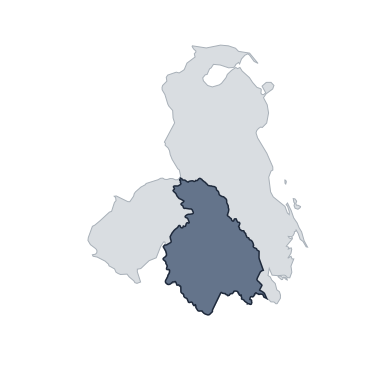 Bolívar highlighted on a map of Venezuela, rotated 68°
{"feature_id": "VEN-39", "entity_name": "Bolívar", "entity_type": "State", "adm_level": 1, "iso_a3": "VEN", "parent_name": "Venezuela", "parent_adm1": "", "projection": "mercator", "projection_center": [-63.762, 6.004], "detail": "fine", "context": "in_parent", "style": "filled", "palette": "slate", "viewbox_px": 384, "rotation_deg": 68, "n_neighbors": 0, "source": "natural_earth", "source_scale": "10m", "svg_char_len": 9736}
<svg xmlns="http://www.w3.org/2000/svg" viewBox="0 0 384 384"><g transform="rotate(68 192 192)"><path d="M323.7,149.9L327.4,154.9L327.1,156.0L324.7,157.2L323.4,160.0L320.5,161.2L316.4,164.5L313.8,164.8L309.7,170.4L311.9,174.8L311.4,177.0L312.4,178.1L317.1,178.2L317.6,179.4L317.0,181.2L316.1,182.3L309.7,185.9L306.6,185.5L305.3,186.6L301.1,187.4L300.0,189.5L301.0,192.4L301.5,197.1L296.2,202.6L309.2,217.4L310.6,218.2L311.9,221.6L311.5,223.6L309.2,226.0L305.9,227.8L304.0,230.8L302.0,231.4L298.4,231.2L296.7,232.9L294.4,233.5L292.9,235.8L281.0,239.6L275.8,238.4L269.8,241.2L268.7,248.1L266.9,249.7L264.6,249.7L257.2,242.7L253.5,243.7L250.9,242.7L243.6,243.0L240.2,239.0L232.5,238.7L229.6,236.0L228.2,236.0L227.6,236.9L230.6,241.3L239.6,249.8L239.6,257.5L243.8,268.2L243.1,271.6L245.5,272.6L256.2,273.4L256.1,277.2L254.7,278.9L252.6,279.2L247.1,282.1L243.8,283.0L241.7,289.2L239.9,291.0L237.9,292.5L234.3,292.6L229.4,296.6L227.6,296.5L223.5,298.5L216.8,304.3L214.5,307.8L212.9,307.9L213.5,304.8L212.7,303.1L211.1,302.2L209.6,302.1L207.8,302.9L202.8,305.9L197.9,306.6L195.4,305.2L186.5,297.2L186.3,294.5L184.2,288.0L179.7,276.1L179.8,273.8L172.6,267.8L171.6,265.7L168.6,264.9L166.8,265.7L167.3,263.7L176.9,255.1L177.7,253.3L174.0,247.7L171.9,246.2L170.7,244.3L168.3,237.6L167.7,232.4L166.9,231.4L167.9,218.8L167.5,216.0L168.2,213.9L170.1,212.5L171.1,210.2L171.3,207.2L172.5,204.7L174.5,202.8L175.2,200.9L174.3,197.7L172.6,196.5L166.8,195.5L165.2,196.5L154.5,198.2L149.2,198.2L145.2,197.4L142.2,197.7L138.6,199.4L136.8,198.4L135.4,198.9L121.4,182.2L116.2,181.8L109.2,179.4L103.7,181.3L101.4,181.5L91.5,180.6L86.1,181.4L83.8,180.6L82.2,179.3L79.8,173.8L76.0,172.9L74.5,170.7L75.0,161.7L76.8,159.3L76.1,155.2L75.6,153.3L70.6,148.4L68.0,138.6L64.7,138.1L63.7,136.0L62.7,135.6L60.1,136.9L57.2,137.4L56.6,136.9L63.8,124.8L66.5,110.5L70.1,103.5L75.0,97.8L79.0,96.2L84.8,86.6L97.5,82.6L94.2,85.5L86.6,87.4L84.8,88.5L85.0,91.7L87.2,96.3L91.1,99.9L89.3,100.3L90.1,103.5L92.0,105.8L92.0,107.2L90.6,111.5L84.8,118.3L81.7,124.3L84.1,127.8L84.4,129.6L88.7,134.0L88.3,135.8L90.2,139.3L93.2,139.8L99.1,137.6L102.2,133.8L102.9,126.5L102.3,123.9L98.7,117.6L96.2,115.2L94.0,109.7L93.0,104.7L94.7,103.5L94.5,100.9L98.6,100.2L107.5,95.9L113.0,94.8L119.3,92.6L122.0,89.6L123.0,89.4L126.2,91.1L127.9,90.5L128.5,89.1L127.6,86.5L120.1,87.4L118.2,82.1L119.9,77.7L123.9,76.1L126.7,78.6L128.7,86.4L131.3,90.4L139.3,89.6L147.4,91.4L156.0,96.9L158.5,102.6L157.5,104.1L158.0,106.5L159.3,109.0L161.2,110.5L166.5,110.9L184.2,108.1L199.0,107.7L201.9,108.8L202.2,110.9L207.0,115.3L221.4,119.1L227.0,118.5L240.2,111.2L247.3,111.4L249.4,110.3L246.8,109.2L240.8,108.7L239.1,109.5L238.0,107.6L246.5,107.0L254.1,107.4L260.2,106.1L265.1,106.1L270.0,105.3L279.2,106.3L286.4,105.5L285.6,106.7L279.4,107.6L276.4,109.4L270.1,109.1L265.7,109.7L267.2,110.2L267.2,112.0L268.4,112.4L270.3,114.6L270.8,116.5L269.2,119.4L271.0,119.1L272.0,118.2L272.0,116.1L273.0,116.5L277.6,124.9L279.6,122.9L281.0,124.1L280.9,121.0L282.5,121.0L285.9,123.2L289.3,128.0L288.7,124.3L291.5,124.3L292.2,122.7L297.8,128.0L303.8,129.5L308.2,133.5L307.2,135.5L304.6,136.5L303.6,137.7L301.6,144.0L299.1,148.9L291.7,149.0L297.9,152.8L300.2,151.2L303.3,151.1L308.0,149.1L314.4,150.0L317.2,148.3L320.7,148.6L323.7,149.9ZM247.0,97.5L247.7,100.2L245.7,102.5L242.9,102.5L240.8,101.0L239.6,101.4L236.0,100.6L237.0,99.1L239.7,98.4L241.7,100.1L243.4,100.1L243.9,98.8L246.1,96.8L247.0,97.5ZM306.8,141.8L302.8,143.9L302.6,141.9L305.7,139.4L307.0,140.9L306.8,141.8ZM219.7,102.1L218.7,102.5L215.7,101.4L216.3,100.7L217.9,100.7L219.7,102.1ZM307.6,138.0L305.2,138.7L305.9,137.2L308.4,136.4L309.3,136.7L307.6,138.0Z" fill="#d9dde1" stroke="#a8b0b8" stroke-width="1"/><path d="M318.7,162.6L317.2,163.8L317.0,164.2L316.5,164.6L315.7,164.7L314.0,164.7L313.5,164.8L313.2,165.1L312.8,165.8L312.3,166.6L312.3,167.3L312.0,167.9L312.1,168.2L312.0,168.4L311.8,168.6L311.5,168.5L311.4,168.6L310.6,169.8L309.7,170.1L309.4,170.6L309.6,171.2L310.0,172.1L310.6,172.2L310.8,172.4L310.9,172.6L310.9,173.0L311.0,173.2L311.5,173.5L312.0,174.6L312.0,175.0L311.4,175.6L311.2,176.2L311.2,176.8L311.5,177.4L313.1,178.7L313.3,178.7L313.8,177.9L314.1,177.6L314.5,177.4L315.0,177.4L315.7,177.8L316.6,177.8L318.0,178.8L318.2,179.1L318.2,179.5L318.0,180.1L317.8,180.4L316.8,181.1L316.7,181.5L316.5,182.5L316.2,182.3L315.6,182.4L313.1,184.0L311.2,184.5L310.9,184.8L310.0,185.9L309.6,186.1L309.3,186.0L308.6,185.5L308.2,185.4L307.3,185.5L307.0,185.5L306.6,185.1L305.9,185.0L305.8,185.3L306.0,185.5L306.0,185.9L305.4,186.6L304.9,186.7L304.0,186.6L303.7,186.9L302.8,186.7L302.6,187.0L301.8,186.9L301.4,187.0L300.6,187.9L300.2,188.6L299.9,189.4L299.8,190.1L299.8,190.5L300.6,191.1L301.0,192.0L301.2,192.5L301.3,192.8L300.9,193.5L300.8,194.5L301.1,195.4L301.4,195.7L301.7,196.1L301.6,197.6L300.8,197.7L300.6,197.9L300.1,198.7L299.9,198.8L298.9,199.1L298.6,199.2L298.2,200.1L297.3,201.6L296.3,202.2L296.1,202.5L296.4,203.3L309.2,217.4L309.8,217.5L310.3,217.7L310.7,218.1L312.1,221.5L312.2,222.5L311.8,223.5L310.4,225.1L309.7,225.8L308.8,226.4L306.8,227.2L306.1,227.3L306.0,227.5L305.4,228.8L305.1,230.0L304.5,230.8L303.8,231.1L302.1,231.4L300.7,231.7L299.3,231.2L298.1,231.0L297.7,231.1L297.6,231.3L298.1,232.1L298.2,232.6L297.9,232.9L297.4,233.0L296.4,233.2L294.9,233.1L294.0,233.5L293.7,234.0L293.6,235.6L293.5,235.8L293.2,236.3L292.7,236.6L292.0,236.4L291.2,236.7L290.4,236.5L289.3,236.5L288.4,236.9L287.4,238.0L286.7,238.4L285.9,238.6L285.4,238.6L284.2,238.2L283.3,238.3L281.8,239.4L280.9,239.7L280.2,239.6L276.3,238.1L275.5,237.9L274.8,238.0L274.6,238.5L274.3,238.8L273.3,239.0L273.1,239.3L273.0,240.0L272.8,240.8L272.2,240.9L270.6,240.7L269.1,240.9L268.7,241.1L268.6,241.4L268.7,242.3L268.2,243.6L268.3,244.1L268.6,244.6L268.7,245.1L269.0,245.9L269.2,246.7L269.2,247.6L269.0,248.4L268.3,249.5L268.1,249.6L267.6,249.6L266.6,250.3L266.2,250.4L265.4,250.3L265.0,250.2L264.1,249.6L263.5,248.8L261.4,246.3L260.1,245.4L259.0,243.8L258.3,243.1L257.0,242.4L256.2,242.1L255.5,242.2L255.0,242.8L254.9,243.5L254.6,244.2L253.8,244.5L252.9,244.0L251.6,242.8L250.6,242.6L249.1,242.9L248.6,243.0L247.4,242.6L246.5,242.6L245.7,243.0L244.1,243.9L243.2,243.9L242.7,243.3L242.4,242.5L242.1,241.1L241.5,239.8L241.1,239.3L240.5,239.1L239.2,238.7L236.7,238.5L232.2,239.2L231.8,239.0L231.0,237.4L231.4,235.8L231.5,234.9L231.3,234.2L231.0,231.6L230.8,230.7L230.6,230.3L230.4,230.0L230.0,229.8L229.2,229.6L227.4,229.5L225.2,229.0L222.3,225.5L221.7,224.3L221.0,223.2L220.3,221.5L219.5,218.6L218.7,217.6L218.3,216.9L218.2,216.5L218.5,215.9L219.0,215.7L220.3,215.7L220.8,215.6L221.3,215.1L221.6,214.3L221.6,213.9L220.5,213.0L220.3,212.8L220.4,212.5L221.1,212.0L221.3,211.4L221.3,210.9L221.1,210.7L219.2,209.2L218.9,208.8L218.7,208.2L218.7,207.8L219.5,207.0L219.6,206.5L219.5,206.2L219.3,206.0L218.7,205.9L215.2,205.9L214.5,206.1L213.9,206.8L213.2,207.4L213.0,207.6L212.3,207.6L212.0,207.4L211.8,207.1L211.3,205.6L211.2,204.3L211.4,203.3L211.8,202.5L212.4,199.7L212.3,199.2L212.2,198.9L211.7,198.5L211.3,198.4L208.8,198.5L208.3,198.6L207.4,199.2L206.8,200.6L204.6,204.3L204.4,205.2L204.1,205.5L203.4,205.8L201.5,205.7L201.2,205.8L200.1,206.6L199.4,206.8L199.1,206.7L198.9,206.6L198.5,205.8L198.0,203.6L197.6,203.1L197.4,202.9L197.2,202.9L194.6,205.0L193.3,206.3L192.9,206.5L190.1,207.4L187.6,207.5L186.3,208.0L184.5,208.9L184.0,209.0L183.5,209.0L183.3,208.8L182.9,207.5L182.4,207.1L182.1,207.0L181.6,207.1L180.5,207.3L180.1,207.2L179.9,206.9L179.8,206.5L179.9,205.8L181.0,203.2L181.1,202.7L181.0,201.2L180.7,199.9L180.4,199.4L180.1,199.1L178.8,199.2L178.2,199.0L177.6,198.5L177.3,198.4L176.7,198.9L176.3,199.0L175.9,198.7L175.5,197.9L174.8,197.5L175.3,197.1L175.7,196.5L176.0,196.4L176.9,196.5L177.2,196.3L177.5,195.9L178.3,194.1L179.1,193.7L179.7,193.2L180.6,192.7L181.2,192.1L181.4,191.8L181.0,190.7L181.4,188.5L181.9,187.2L182.2,186.8L183.0,186.2L183.1,185.6L183.1,184.8L183.0,184.4L182.7,184.2L183.3,183.0L183.2,182.5L182.7,181.6L182.3,180.8L182.2,179.9L182.5,179.3L184.1,178.1L184.9,178.0L185.4,177.8L186.1,177.2L187.0,176.9L188.1,176.0L188.5,175.8L189.5,175.7L190.1,175.2L190.5,175.0L191.3,174.9L191.7,174.7L192.1,174.4L193.3,172.6L193.6,171.8L194.3,171.1L195.4,169.2L196.6,168.3L197.1,168.1L197.6,168.2L199.3,168.4L199.7,168.3L200.5,167.8L201.4,167.4L202.3,167.4L204.3,167.7L204.8,167.7L205.2,167.5L207.3,166.0L208.2,164.6L208.6,164.3L211.0,163.1L212.0,162.9L213.1,163.1L214.5,163.7L215.1,163.8L217.9,163.6L218.4,163.6L220.1,164.2L221.3,164.3L221.9,164.4L223.0,165.0L224.1,165.7L225.3,166.8L225.8,167.0L226.5,167.8L226.8,167.9L227.2,167.9L227.6,167.8L228.8,167.0L229.9,166.6L231.3,165.7L231.6,165.6L233.0,165.8L233.5,165.6L234.1,165.3L234.4,164.8L234.4,164.2L234.0,163.8L233.1,163.1L232.9,162.6L233.3,161.4L233.5,161.1L233.9,161.1L235.0,161.2L237.0,160.9L237.2,160.7L237.4,160.5L237.7,159.7L238.3,159.4L239.0,159.4L239.4,159.6L240.7,160.8L241.1,161.1L241.2,161.6L241.5,161.7L241.8,161.7L242.7,161.4L244.0,161.7L244.6,161.7L244.9,161.5L245.3,161.0L246.3,160.7L246.5,160.5L247.2,158.8L247.4,158.6L247.8,158.4L248.8,158.6L249.4,158.4L250.3,157.9L250.7,157.8L251.7,158.1L253.1,158.0L254.2,158.1L254.5,158.0L255.1,157.6L255.7,156.7L256.0,156.6L256.4,156.5L257.4,156.7L257.8,156.5L258.6,155.6L259.0,155.3L259.5,155.0L260.5,154.7L261.5,154.6L262.5,154.6L264.5,154.8L264.8,155.3L265.3,155.6L265.9,155.7L266.4,155.5L267.3,154.9L267.9,154.1L268.6,153.5L268.9,153.4L269.6,153.5L270.1,153.4L272.1,152.0L277.8,154.4L279.1,154.7L291.3,155.2L291.2,156.8L291.3,157.3L291.8,158.7L296.1,163.5L296.9,164.2L297.6,164.7L299.2,164.3L299.8,164.0L300.4,163.6L300.8,163.5L301.4,163.1L302.2,163.1L302.7,162.9L303.6,162.2L304.6,162.1L304.9,162.2L308.1,166.0L308.3,166.1L308.7,165.9L309.9,164.7L312.0,163.3L312.6,163.1L313.1,162.8L318.7,162.6Z" fill="#64748b" stroke="#1e293b" stroke-width="1.5"/></g></svg>